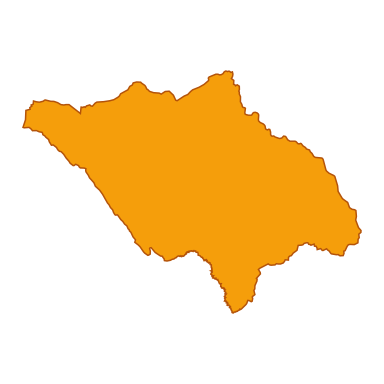 outline of Bo Thong, Chon Buri, Thailand
{"feature_id": "78962969B86980308454796", "entity_name": "Bo Thong", "entity_type": "district", "adm_level": 2, "iso_a3": "THA", "parent_name": "Thailand", "parent_adm1": "Chon Buri", "projection": "mercator", "projection_center": [101.509, 13.23], "detail": "fine", "context": "isolated", "style": "filled", "palette": "amber", "viewbox_px": 384, "rotation_deg": 0, "n_neighbors": 0, "source": "geoboundaries", "source_scale": "gbopen_adm2", "svg_char_len": 5988}
<svg xmlns="http://www.w3.org/2000/svg" viewBox="0 0 384 384"><path d="M61.2,151.7L63.7,154.3L66.2,158.1L69.0,161.3L70.2,163.3L73.2,165.6L74.1,165.5L75.7,164.3L78.6,165.6L79.1,166.8L80.3,167.9L84.4,168.1L85.9,168.7L85.7,170.6L86.0,171.9L88.4,175.4L89.5,177.8L93.9,182.7L95.4,186.3L99.6,190.1L102.6,194.3L107.5,203.0L109.0,204.7L110.5,207.6L112.6,209.8L113.6,212.6L114.9,214.7L115.6,215.1L117.4,214.9L117.7,215.1L120.8,219.6L122.8,221.4L124.6,224.1L126.9,225.9L128.1,228.8L129.2,229.7L129.4,230.8L130.9,232.3L133.1,237.0L135.5,239.8L134.8,242.3L138.3,245.0L140.0,246.7L143.5,251.8L144.7,253.1L147.8,255.3L148.7,255.1L150.2,254.1L150.3,251.0L149.6,248.6L150.1,247.8L151.2,247.7L155.2,252.5L160.5,256.0L162.5,256.3L162.9,257.4L164.1,258.8L164.4,260.6L167.0,261.0L170.4,260.3L172.2,259.3L173.9,259.0L175.5,257.8L176.0,257.8L177.4,256.4L178.7,255.9L179.6,256.3L180.1,255.9L180.3,256.4L181.3,256.1L181.6,256.4L181.7,256.0L182.7,256.2L183.0,255.9L183.5,256.2L184.5,255.5L184.8,254.7L186.0,254.2L185.9,253.3L186.6,253.4L186.8,252.1L188.0,251.7L187.9,252.3L188.9,252.4L189.2,251.2L190.0,251.4L190.2,251.0L191.4,250.8L191.4,251.1L191.9,251.2L192.8,251.0L192.7,251.3L193.1,251.5L193.7,250.6L194.1,250.6L194.3,251.1L195.6,251.0L195.6,251.7L196.2,252.3L197.7,252.3L198.2,253.9L198.1,255.1L200.1,255.8L201.4,257.3L202.3,257.3L202.8,257.9L202.7,258.3L203.6,259.3L203.7,259.9L204.3,259.9L204.3,260.6L206.4,259.7L206.5,260.3L206.1,260.1L206.2,260.7L206.7,260.5L206.8,261.3L207.3,261.0L207.6,262.0L208.1,262.5L209.0,262.5L209.0,263.0L209.7,262.8L210.2,263.1L210.1,264.5L211.2,264.7L211.4,265.1L211.1,266.0L211.4,266.4L211.3,267.6L211.9,268.0L211.7,269.0L212.0,269.2L211.8,269.5L212.0,270.4L211.2,270.7L211.6,270.8L211.5,271.1L211.8,271.4L211.4,271.5L211.5,271.9L212.0,272.0L212.1,272.4L211.0,273.4L210.9,274.3L211.9,274.8L211.9,276.0L213.4,275.8L212.6,277.0L213.2,277.3L213.0,277.8L213.4,277.7L214.0,278.3L215.9,278.2L215.8,278.7L215.4,278.6L215.3,279.1L216.0,279.0L217.3,280.0L217.8,279.6L219.5,283.7L221.2,283.7L220.7,284.6L220.8,286.0L221.1,286.3L220.8,286.6L221.4,287.1L221.6,287.9L222.1,287.9L222.3,288.2L223.0,287.8L223.4,288.2L223.9,288.0L224.5,288.5L224.1,289.4L225.2,289.9L224.4,290.7L224.4,291.3L225.8,292.3L225.7,293.1L225.1,293.4L225.1,294.0L226.2,294.1L225.6,294.8L225.1,294.5L225.2,295.9L224.4,296.4L225.0,297.2L225.6,297.6L224.6,298.2L225.2,299.2L224.6,300.8L225.0,300.7L225.2,301.2L225.7,301.0L225.8,301.6L226.5,301.5L226.9,302.2L226.6,302.7L227.0,302.7L226.7,303.0L227.8,303.6L227.2,304.7L227.8,304.6L227.9,305.1L228.4,304.7L228.1,305.2L229.0,305.2L229.1,305.9L230.3,306.4L229.5,307.6L230.9,308.3L230.9,309.3L231.4,309.9L231.4,310.6L232.1,311.2L232.0,312.4L232.4,312.8L233.5,312.9L234.1,312.1L235.7,312.0L236.1,311.5L237.4,311.3L238.5,310.3L239.5,310.0L239.9,309.1L240.5,309.5L241.4,309.0L245.9,304.6L246.7,303.5L247.8,300.4L249.2,300.6L251.2,301.7L252.1,301.3L252.7,298.7L252.3,297.2L252.4,296.6L254.9,294.6L253.9,290.4L254.8,288.9L254.9,285.7L256.9,281.1L257.1,279.1L256.4,278.4L260.4,273.9L260.2,272.4L258.4,269.5L259.9,268.2L268.2,263.9L269.4,264.8L271.0,265.2L275.0,264.9L276.4,263.7L278.2,264.0L280.5,264.0L283.2,263.0L284.5,261.4L285.2,259.8L288.4,260.1L288.5,257.5L288.8,257.0L289.7,256.1L291.4,255.6L293.2,253.1L297.0,250.3L298.2,245.4L301.8,245.1L303.0,244.7L304.1,243.4L306.9,242.7L307.9,242.8L308.7,244.3L310.3,244.6L310.9,245.2L314.1,244.1L314.5,246.2L316.0,246.2L317.0,247.9L317.2,249.6L320.7,248.6L322.2,250.4L323.0,250.5L326.6,248.8L327.5,249.9L329.1,251.0L330.9,253.5L331.6,253.9L336.3,254.7L338.4,254.6L339.3,255.5L340.2,255.8L343.2,255.6L344.0,253.4L343.8,251.2L345.1,250.7L347.1,246.4L348.4,244.7L350.1,244.4L354.3,244.6L357.9,242.8L358.1,239.2L359.2,237.7L358.8,234.2L360.9,232.4L361.0,230.5L358.5,227.6L355.7,220.1L356.4,216.4L355.9,210.5L354.6,209.7L352.1,209.3L350.0,208.0L349.3,207.1L347.7,202.5L343.0,199.1L342.0,198.0L338.1,191.4L337.6,185.8L334.8,176.4L333.9,175.6L329.0,173.2L326.6,171.1L325.9,169.9L323.2,159.7L322.5,158.4L321.6,158.0L315.4,157.4L314.4,156.9L313.7,156.3L312.0,153.4L310.3,151.8L309.5,150.0L306.3,148.9L305.6,147.6L303.0,145.9L301.2,143.6L300.5,143.4L299.3,143.9L298.0,143.7L296.0,141.6L295.0,141.2L290.0,141.2L287.7,139.8L285.8,136.7L285.1,136.3L283.6,136.1L281.7,138.1L279.4,138.5L275.1,137.0L273.8,136.0L272.2,136.2L271.4,135.9L270.6,134.5L270.6,132.1L269.8,129.5L268.8,129.2L267.5,129.9L266.0,129.3L265.5,128.5L265.1,126.1L264.4,125.0L263.2,123.9L260.2,122.5L258.6,120.9L258.4,119.7L258.7,115.0L258.3,114.0L257.1,112.9L255.3,112.3L253.8,112.5L252.7,113.3L252.0,114.7L251.3,115.2L248.4,115.2L246.1,114.6L245.1,114.0L244.8,112.9L245.4,108.3L244.7,107.7L243.2,107.5L242.4,106.6L241.8,104.3L240.4,101.8L240.5,96.7L239.3,94.0L239.3,92.0L238.8,91.2L239.4,89.5L239.3,86.2L237.2,84.8L235.5,85.8L234.8,84.7L233.6,84.3L233.8,80.4L231.4,78.6L232.5,76.6L232.8,75.0L232.9,74.0L232.4,71.9L231.0,72.4L229.3,71.2L228.5,71.2L227.5,71.6L226.7,71.2L225.4,71.1L224.0,72.1L223.1,73.6L221.2,74.7L219.6,74.9L217.9,74.2L215.9,74.2L209.1,77.0L208.3,78.1L208.7,79.6L208.5,80.6L204.1,84.4L199.2,87.2L192.7,89.8L190.6,91.5L187.8,94.5L184.1,96.1L177.1,100.7L175.7,100.2L173.4,95.2L169.2,91.2L165.2,91.5L161.2,94.1L159.2,93.1L153.6,92.7L149.6,91.4L147.7,89.5L146.8,89.1L145.6,86.4L144.7,85.3L141.5,83.1L140.7,82.2L136.6,82.0L133.2,82.9L132.3,85.0L129.8,86.4L127.9,89.8L120.6,93.8L119.4,96.0L118.0,97.2L113.8,99.7L109.6,100.8L103.5,101.7L96.9,102.1L95.2,103.1L92.4,106.2L90.8,105.9L89.8,104.9L86.5,105.9L85.2,107.3L84.2,106.8L82.5,107.5L82.1,107.2L81.1,107.1L80.4,113.5L69.0,104.6L66.0,104.6L63.8,105.0L60.9,104.6L57.7,102.7L53.9,101.4L50.7,101.3L45.4,100.0L44.5,100.2L43.3,101.2L39.4,102.2L36.3,101.8L33.5,101.0L33.2,104.1L31.1,105.1L31.8,106.1L29.8,107.6L30.1,109.3L25.9,110.4L25.5,119.8L23.0,127.4L24.2,127.8L29.0,127.4L30.7,128.6L32.5,130.7L36.5,130.6L39.2,131.8L42.0,132.3L42.5,133.1L42.9,134.7L44.8,135.9L45.8,137.2L48.6,139.5L49.3,141.8L51.4,145.2L53.3,145.0L56.5,147.5L57.8,149.8L59.4,151.3L61.2,151.7Z" fill="#f59e0b" stroke="#b45309" stroke-width="1.5"/></svg>